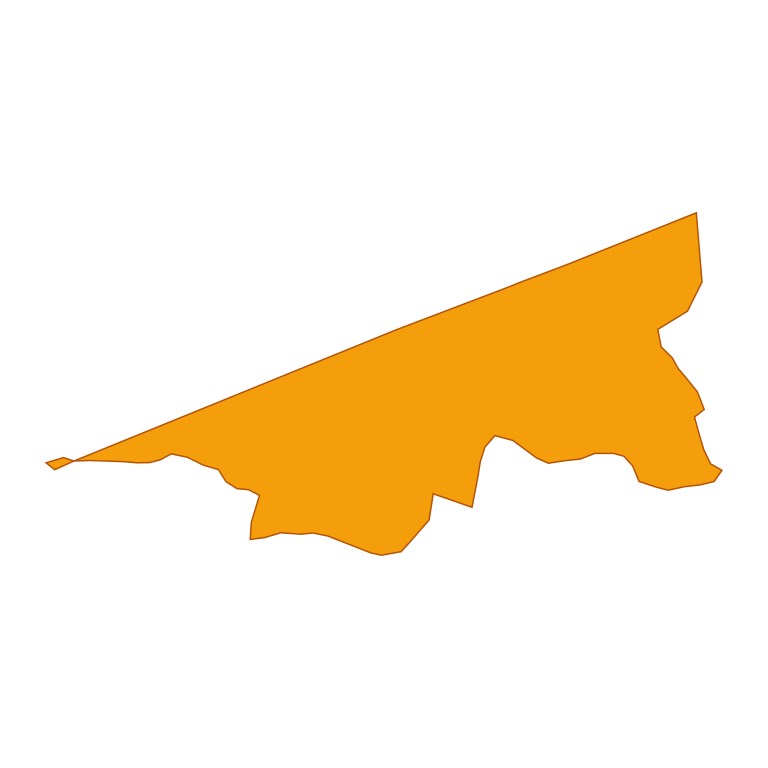 Vera Cruz, Rio Grande do Norte, Brazil
{"feature_id": "56859067B57046427272497", "entity_name": "Vera Cruz", "entity_type": "district", "adm_level": 2, "iso_a3": "BRA", "parent_name": "Brazil", "parent_adm1": "Rio Grande do Norte", "projection": "albers", "projection_center": [-35.443, -6.033], "detail": "fine", "context": "isolated", "style": "filled", "palette": "amber", "viewbox_px": 768, "rotation_deg": 0, "n_neighbors": 0, "source": "geoboundaries", "source_scale": "gbopen_adm2", "svg_char_len": 1013}
<svg xmlns="http://www.w3.org/2000/svg" viewBox="0 0 768 768"><path d="M74.0,461.0L90.3,460.5L105.5,461.0L124.5,461.7L136.8,462.8L149.7,462.6L160.2,459.8L171.3,453.9L187.6,457.3L203.2,465.1L218.4,469.6L225.9,481.5L236.8,488.6L248.6,489.7L259.5,495.4L251.3,522.5L250.2,539.4L264.7,537.6L280.6,532.8L301.0,534.2L313.0,533.0L327.8,536.0L370.8,552.9L381.7,555.2L401.0,551.7L409.2,542.8L429.1,520.0L433.2,493.8L454.8,501.3L472.0,507.3L477.9,476.7L480.2,462.1L484.9,447.1L494.9,435.6L512.8,440.4L536.6,458.0L548.4,463.2L566.3,460.5L580.2,459.1L594.9,453.4L613.5,453.4L623.9,456.2L632.6,465.8L639.1,481.5L657.1,487.4L668.2,490.2L684.5,486.7L700.1,484.9L714.2,481.5L721.9,470.3L710.6,463.9L703.8,449.8L698.3,431.1L694.5,417.0L704.2,409.4L697.4,391.9L685.2,376.8L678.2,368.6L672.3,357.9L661.2,346.9L657.8,329.4L687.5,311.1L702.0,282.0L696.3,212.8L567.5,264.4L519.9,282.4L509.9,286.5L396.2,329.8L74.0,461.0ZM54.7,469.7L74.0,461.0L63.5,457.6L46.1,462.8L54.7,469.7Z" fill="#f59e0b" stroke="#b45309" stroke-width="1.5"/></svg>